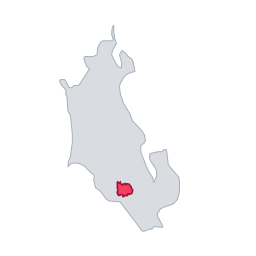 location of Guatuso, Alajuela, Costa Rica, rotated 213°
{"feature_id": "36466004B87915732060573", "entity_name": "Guatuso", "entity_type": "district", "adm_level": 2, "iso_a3": "CRI", "parent_name": "Costa Rica", "parent_adm1": "Alajuela", "projection": "albers", "projection_center": [-84.82, 10.704], "detail": "fine", "context": "in_parent", "style": "filled", "palette": "rose", "viewbox_px": 256, "rotation_deg": 213, "n_neighbors": 0, "source": "geoboundaries", "source_scale": "gbopen_adm2", "svg_char_len": 4605}
<svg xmlns="http://www.w3.org/2000/svg" viewBox="0 0 256 256"><g transform="rotate(213 128 128)"><path d="M211.2,130.5L211.0,131.4L210.1,132.4L208.9,133.4L207.2,134.1L203.3,132.1L199.4,129.8L197.3,130.9L196.5,133.9L195.0,135.4L193.2,136.0L192.5,137.0L192.4,147.2L192.6,156.7L195.6,156.9L200.5,160.2L202.6,162.1L203.3,163.9L202.7,164.8L199.1,166.9L195.6,169.6L193.9,172.9L197.0,178.1L197.6,181.7L197.6,185.5L196.7,187.3L190.0,191.7L188.5,193.2L188.7,194.3L192.5,197.3L194.2,200.2L195.8,203.6L196.0,206.7L192.5,201.1L187.8,195.7L183.7,192.5L183.3,184.8L181.7,180.6L175.5,176.8L170.2,174.1L166.3,174.7L168.7,179.1L174.9,184.7L175.3,186.9L175.2,189.8L171.0,189.4L167.2,188.2L162.6,187.9L159.6,186.2L153.1,179.4L157.6,173.6L159.0,169.8L158.9,161.9L157.8,158.1L152.8,152.3L144.9,146.0L133.8,140.8L128.6,136.6L115.6,133.4L110.6,131.3L106.8,127.4L106.2,124.5L107.6,120.1L104.0,114.6L88.6,103.7L79.9,99.6L78.1,97.3L76.7,96.5L78.0,104.1L81.8,108.6L91.7,112.9L94.4,115.3L95.5,118.6L89.7,124.7L86.8,126.3L86.0,129.6L84.1,130.6L82.1,128.7L74.1,119.0L58.7,114.4L55.9,111.5L50.2,102.7L47.6,94.7L48.5,89.3L54.9,81.0L56.9,77.3L56.5,75.1L56.7,71.8L54.3,69.5L48.5,66.5L44.8,64.0L45.8,62.9L52.5,59.6L52.9,56.7L52.9,55.8L54.0,55.6L55.0,54.8L55.6,54.0L57.4,51.2L59.0,49.6L60.9,49.3L63.1,50.5L71.6,53.6L81.0,56.9L94.3,61.7L99.9,58.7L104.7,56.3L108.0,56.7L115.2,59.4L119.5,60.2L122.2,60.0L126.8,64.0L129.3,67.0L129.7,69.0L131.1,70.0L134.7,70.3L143.5,72.3L148.9,71.9L153.7,69.7L156.4,67.1L157.2,63.0L158.5,65.0L159.9,68.2L160.6,72.2L166.9,85.8L172.0,93.4L183.1,107.2L187.9,109.7L196.1,120.8L198.9,122.6L200.5,125.9L208.9,128.5L211.2,130.5Z" fill="#d9dde1" stroke="#a8b0b8" stroke-width="1"/><path d="M107.2,76.0L106.9,75.8L106.8,75.7L106.7,75.7L106.5,75.4L106.3,75.3L106.2,75.2L106.1,74.9L105.9,74.8L105.8,74.6L105.7,74.5L105.7,74.4L105.6,74.2L105.8,74.2L105.6,73.9L105.5,73.7L105.4,73.7L105.4,73.4L105.3,73.2L104.9,73.1L104.7,72.9L104.5,72.7L104.5,72.3L104.5,72.2L104.5,71.9L104.4,71.8L104.3,71.7L104.2,71.6L103.9,71.4L103.6,71.3L103.4,71.3L103.3,71.2L103.2,71.2L102.9,70.9L102.8,70.6L102.7,70.5L102.6,70.4L102.7,70.2L102.5,69.9L102.4,69.9L102.3,69.5L102.3,69.4L102.3,69.2L102.3,68.9L102.3,68.6L102.1,68.3L101.9,68.3L101.9,68.2L101.8,67.9L101.7,67.9L101.6,67.7L101.3,67.6L101.2,67.4L100.9,67.4L100.7,67.4L100.6,67.2L100.4,66.9L100.2,66.9L100.2,66.7L99.9,66.8L99.8,66.7L99.7,66.6L99.4,66.5L98.9,66.5L98.7,66.7L98.7,66.8L98.4,66.8L98.3,67.0L98.2,67.0L98.1,67.3L98.1,67.5L98.1,67.8L97.9,67.9L97.9,68.0L97.7,68.1L97.4,68.2L97.3,68.4L97.1,68.5L96.5,68.7L96.5,68.8L96.4,68.8L96.1,68.6L95.9,68.6L95.7,68.5L95.5,68.4L95.4,68.3L95.3,68.2L95.2,68.0L95.2,67.9L95.0,67.7L94.8,67.6L94.7,67.6L94.7,67.9L94.7,68.1L94.6,68.4L94.7,68.5L94.6,68.8L94.2,68.9L94.0,69.0L93.9,69.0L94.0,69.3L94.0,69.5L93.8,69.5L93.7,69.6L93.7,69.8L93.5,70.1L93.4,70.2L93.4,70.3L93.0,70.3L92.9,70.4L92.5,70.4L92.4,70.5L92.2,70.6L92.0,70.8L91.9,70.9L91.8,71.1L91.7,71.1L91.7,71.3L91.8,71.4L91.9,71.6L92.1,71.7L92.2,71.8L92.3,72.1L92.4,72.4L92.2,72.5L92.1,72.4L92.0,72.5L92.0,72.8L92.0,73.0L91.8,73.1L91.7,73.1L91.4,73.1L91.1,73.2L90.9,73.2L90.7,73.1L90.6,73.4L90.6,73.5L90.3,73.6L90.0,73.9L89.9,74.0L89.8,74.3L89.6,74.6L89.4,74.9L89.3,75.1L89.2,75.3L89.1,75.5L89.3,75.9L89.4,76.0L89.5,76.1L89.7,76.4L89.8,76.6L89.8,76.8L89.7,77.0L89.8,77.3L89.7,77.6L89.8,77.9L89.9,78.0L90.1,78.2L90.3,78.2L90.4,78.3L90.4,78.6L90.5,78.8L90.8,78.9L91.0,78.9L91.3,79.1L91.5,79.2L91.7,79.3L91.8,79.3L92.1,79.4L92.5,79.4L92.5,79.5L92.8,79.7L92.9,79.9L93.1,79.9L93.2,80.0L93.3,80.1L93.3,80.3L93.5,80.4L93.5,80.5L93.9,80.5L94.0,80.6L94.3,80.7L94.5,80.7L94.8,80.8L94.9,81.0L95.0,81.1L95.3,81.2L95.5,81.1L95.8,81.1L96.2,81.1L96.4,81.2L96.5,81.2L96.6,81.4L96.8,81.3L97.0,81.3L97.1,81.2L97.4,81.1L97.6,81.0L97.8,81.0L98.2,80.9L98.3,80.8L98.4,80.6L98.6,80.5L98.8,80.4L98.9,80.2L99.0,80.1L98.9,80.0L98.8,79.8L98.8,79.7L98.6,79.4L98.7,79.2L98.8,79.2L99.0,79.3L99.2,79.5L99.3,79.5L99.6,79.6L99.6,79.9L99.6,80.0L99.8,80.0L100.0,80.0L100.1,79.9L100.3,79.8L100.3,79.7L100.2,79.6L100.3,79.5L100.4,79.3L100.5,79.1L101.0,78.8L101.1,78.7L101.3,78.6L101.1,78.4L101.4,78.2L101.5,78.2L101.7,77.9L101.7,77.7L101.7,77.4L102.1,77.2L102.0,76.9L102.3,76.9L102.4,77.0L102.5,77.0L102.8,77.1L103.0,77.2L103.3,77.3L103.6,77.3L103.8,77.2L104.0,77.3L104.2,77.5L104.3,77.9L104.7,78.0L104.8,78.2L104.9,78.3L104.9,78.2L105.1,78.2L105.1,78.3L105.2,78.0L105.1,77.8L105.2,77.7L105.4,77.4L105.5,77.2L105.6,76.9L105.8,76.9L105.8,77.0L106.0,77.0L106.3,77.2L106.3,77.3L106.5,77.3L106.5,77.2L106.8,77.2L107.3,77.2L107.3,76.8L107.3,76.7L107.2,76.4L107.2,76.2L107.2,76.0Z" fill="#f43f5e" stroke="#9f1239" stroke-width="1.5"/></g></svg>